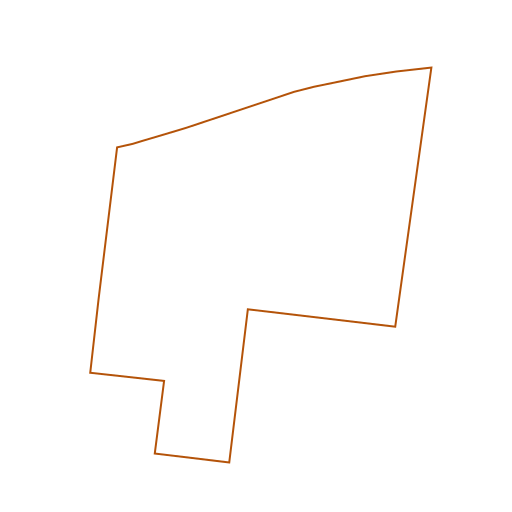 Muskegon, Michigan, United States of America (Albers equal-area conic projection), rotated 97°
{"feature_id": "52423323B98514650988046", "entity_name": "Muskegon", "entity_type": "district", "adm_level": 2, "iso_a3": "USA", "parent_name": "United States of America", "parent_adm1": "Michigan", "projection": "albers", "projection_center": [-86.217, 43.295], "detail": "fine", "context": "isolated", "style": "outline", "palette": "amber", "viewbox_px": 512, "rotation_deg": 97, "n_neighbors": 0, "source": "geoboundaries", "source_scale": "gbopen_adm2", "svg_char_len": 398}
<svg xmlns="http://www.w3.org/2000/svg" viewBox="0 0 512 512"><g transform="rotate(97 256 256)"><path d="M47.6,104.9L55.8,139.3L64.2,169.5L70.3,187.5L81.0,219.2L88.4,238.2L129.2,323.9L137.6,341.6L140.7,348.6L155.6,382.8L159.7,392.0L165.1,407.1L317.6,407.0L392.1,406.3L391.2,332.0L464.4,332.4L464.2,257.4L309.9,257.6L309.2,109.2L47.6,104.9Z" fill="none" stroke="#b45309" stroke-width="2"/></g></svg>